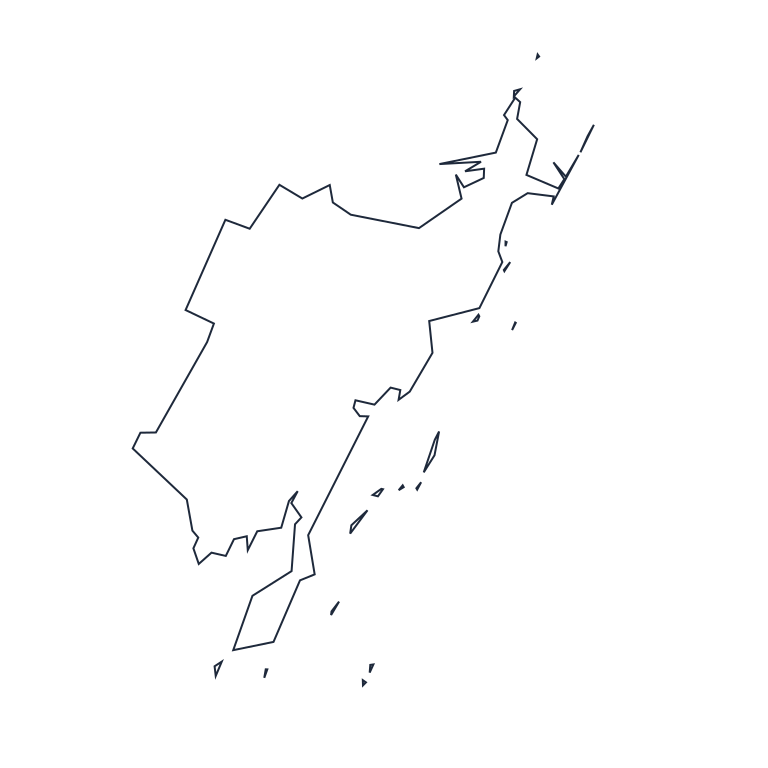 Akraneskaupstaður, Vesturland, Iceland (Mercator projection), rotated 168°
{"feature_id": "244011B30892314657027", "entity_name": "Akraneskaupstaður", "entity_type": "district", "adm_level": 2, "iso_a3": "ISL", "parent_name": "Iceland", "parent_adm1": "Vesturland", "projection": "mercator", "projection_center": [-22.054, 64.332], "detail": "medium", "context": "isolated", "style": "outline", "palette": "slate", "viewbox_px": 768, "rotation_deg": 168, "n_neighbors": 0, "source": "geoboundaries", "source_scale": "gbopen_adm2", "svg_char_len": 1979}
<svg xmlns="http://www.w3.org/2000/svg" viewBox="0 0 768 768"><g transform="rotate(168 384 384)"><path d="M574.5,248.7L563.0,263.4L549.9,263.6L551.8,249.8L538.6,266.3L514.4,264.8L501.3,289.3L490.7,297.1L499.4,286.8L492.5,270.7L500.2,265.3L513.3,220.2L556.7,204.2L586.8,155.0L545.7,154.7L507.0,209.4L491.4,212.2L489.6,251.9L406.2,355.6L414.4,357.6L418.8,367.0L415.3,374.0L397.6,365.8L378.3,379.1L369.3,374.7L373.0,365.5L360.4,371.2L330.1,404.4L326.7,436.2L274.9,438.4L242.9,478.7L244.6,490.0L239.1,506.0L221.2,534.6L203.8,540.8L179.0,532.2L182.6,524.5L145.9,567.6L163.0,549.0L172.2,565.6L165.0,546.9L172.8,539.0L201.2,558.9L183.3,591.6L198.7,615.6L192.2,631.4L196.1,636.8L210.7,622.1L208.1,616.4L226.5,587.1L284.1,587.6L242.9,581.2L260.5,575.2L241.3,573.8L243.6,564.8L264.9,559.8L270.2,573.9L269.6,549.2L317.4,529.2L381.3,556.5L396.3,572.2L395.7,589.9L425.3,582.4L444.9,600.6L483.1,563.8L505.0,577.6L562.7,497.6L537.8,478.5L548.3,461.8L617.2,384.0L632.4,387.0L643.2,373.2L600.9,312.0L601.9,280.4L597.6,272.4L604.6,262.9L602.6,246.5L587.8,254.9L574.5,248.7ZM340.0,326.1L345.9,318.9L363.5,289.3L349.4,303.8L340.0,326.1ZM426.4,263.9L445.3,252.6L448.2,244.7L426.4,263.9ZM124.8,593.9L133.4,584.0L143.7,569.8L124.8,593.9ZM473.2,180.5L482.6,172.5L483.8,169.0L473.2,180.5ZM600.4,146.2L608.4,143.1L609.3,133.4L600.4,146.2ZM418.1,277.8L413.3,275.4L406.9,281.3L408.4,282.0L418.1,277.8ZM195.8,643.6L197.2,638.3L189.6,644.0L195.8,643.6ZM235.2,477.0L243.1,470.6L242.8,469.3L235.2,477.0ZM455.8,112.1L458.0,104.7L452.7,111.9L455.8,112.1ZM559.0,129.5L562.2,121.5L557.5,129.1L559.0,129.5ZM284.1,426.5L279.4,426.6L276.7,430.4L277.2,432.1L284.1,426.5ZM368.1,280.2L374.0,275.3L373.5,273.8L368.1,280.2ZM242.9,416.9L247.5,410.1L242.4,416.4L242.9,416.9ZM466.3,98.7L467.2,93.6L463.7,95.9L466.3,98.7ZM386.8,281.0L391.7,277.1L386.2,279.0L386.8,281.0ZM235.5,498.0L236.5,493.5L234.5,497.3L235.5,498.0ZM165.2,674.4L166.9,670.8L164.2,672.1L165.2,674.4Z" fill="none" stroke="#1e293b" stroke-width="2"/></g></svg>